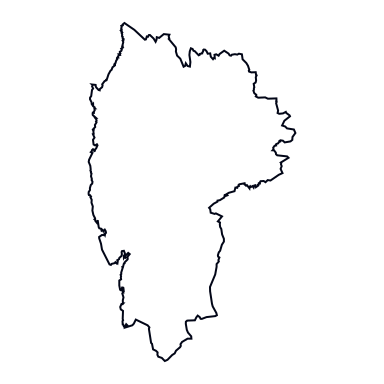 outline of Vestby nor, Akershus, Norway
{"feature_id": "86288312B18050772568406", "entity_name": "Vestby nor", "entity_type": "district", "adm_level": 2, "iso_a3": "NOR", "parent_name": "Norway", "parent_adm1": "Akershus", "projection": "albers", "projection_center": [10.767, 59.56], "detail": "fine", "context": "isolated", "style": "outline", "palette": "ink", "viewbox_px": 384, "rotation_deg": 0, "n_neighbors": 0, "source": "geoboundaries", "source_scale": "gbopen_adm2", "svg_char_len": 5868}
<svg xmlns="http://www.w3.org/2000/svg" viewBox="0 0 384 384"><path d="M293.9,129.5L287.0,128.4L285.2,126.5L282.1,125.5L284.4,120.7L290.0,116.3L289.6,115.4L286.2,112.9L285.8,111.9L283.0,113.4L279.2,113.8L277.6,113.0L278.1,110.6L276.1,103.1L276.7,101.9L276.1,101.1L276.5,100.4L276.4,98.4L267.9,98.7L265.2,97.4L258.2,97.7L255.8,96.4L256.3,95.5L256.3,94.8L254.3,93.2L253.4,90.6L253.9,89.9L253.9,88.1L254.3,87.4L253.7,83.8L255.6,82.5L256.1,80.5L255.8,77.2L256.6,75.4L256.1,75.2L255.7,72.2L251.4,72.4L249.1,71.6L248.8,70.7L249.3,69.8L248.0,65.8L246.3,63.0L242.6,59.3L241.9,54.3L238.9,53.7L237.3,54.6L234.9,54.2L231.9,54.7L231.0,55.7L229.6,55.3L228.6,53.6L224.2,50.7L219.6,54.0L218.6,55.7L216.2,54.3L214.5,54.8L214.8,58.3L213.9,58.0L213.0,59.2L210.8,56.7L210.2,53.4L207.7,53.7L206.6,51.3L205.1,49.7L203.8,49.5L203.2,50.0L203.1,51.6L202.2,52.6L202.2,53.4L199.9,53.9L199.7,54.8L198.7,55.3L194.7,51.1L193.5,50.8L192.6,49.0L190.9,48.3L189.8,51.3L189.4,55.0L190.4,62.0L189.9,66.6L187.6,66.0L185.8,63.3L185.1,65.9L183.6,66.7L180.3,58.7L177.1,55.6L175.9,51.5L176.1,49.2L175.7,47.3L168.8,39.0L169.3,38.6L168.7,36.3L169.4,34.7L163.8,34.1L159.2,37.9L156.8,37.2L156.5,39.8L155.6,41.8L153.6,38.5L149.9,35.0L148.8,35.1L147.9,36.8L146.8,36.5L145.9,39.4L144.9,39.7L134.3,29.8L124.4,23.0L122.6,24.6L122.8,25.3L121.3,25.9L121.7,26.8L121.2,28.3L121.6,29.1L120.9,30.2L121.6,30.4L121.3,31.3L121.8,31.6L121.6,32.5L122.2,32.7L121.8,33.5L122.2,34.5L122.0,36.1L122.8,37.0L122.5,37.7L122.8,38.7L123.6,39.0L123.6,39.9L122.6,40.5L123.3,42.0L122.2,46.4L122.7,46.5L122.5,47.3L122.8,47.6L121.2,48.7L121.8,49.6L121.3,50.9L119.8,51.8L119.9,52.9L120.4,53.4L120.2,53.9L118.8,54.2L119.7,55.1L118.6,55.4L117.8,56.9L118.2,57.6L117.1,57.8L116.9,58.9L117.2,59.2L116.1,60.8L115.5,63.1L114.6,63.8L114.4,64.4L115.0,64.5L115.0,65.3L112.5,67.3L111.6,69.8L110.5,70.7L108.5,74.3L106.9,79.2L106.3,79.5L105.9,78.9L106.4,80.3L104.6,81.1L102.2,84.3L102.6,85.2L102.1,87.2L99.8,89.1L99.7,90.3L98.6,90.0L96.4,87.6L95.8,86.7L95.6,84.9L92.0,84.5L92.6,85.1L92.1,86.4L93.1,88.5L92.0,90.0L91.2,96.1L90.1,97.6L90.0,99.2L91.6,102.4L91.7,104.0L92.3,104.9L93.1,104.0L93.2,106.3L94.7,107.4L94.6,108.4L94.9,108.6L94.4,108.7L94.7,110.3L93.8,111.8L93.9,112.8L92.8,112.7L92.6,113.9L92.8,115.1L96.1,118.0L95.3,118.1L96.3,119.4L96.6,120.8L96.0,121.4L96.5,122.4L94.9,125.0L95.2,127.0L92.8,129.6L93.1,130.3L93.7,129.8L93.4,131.8L93.7,133.8L92.9,134.1L94.5,137.6L93.0,139.8L93.6,144.5L95.1,145.4L96.9,144.3L97.5,145.3L96.1,148.5L95.2,149.3L94.8,150.9L94.3,151.1L94.0,150.1L93.0,149.2L91.9,150.2L91.8,151.3L90.9,152.1L92.4,153.0L89.1,159.7L88.7,161.9L90.3,165.8L90.7,169.4L90.4,170.7L91.0,171.4L90.9,172.8L91.5,173.4L91.0,176.2L91.9,179.1L91.6,180.0L92.5,181.7L92.2,183.6L90.8,185.0L89.9,188.1L90.0,190.0L88.7,192.0L88.6,194.0L88.9,195.0L90.1,195.2L91.0,196.6L90.4,197.1L91.7,199.8L91.5,202.7L92.8,206.4L92.4,210.6L93.4,215.0L95.1,218.3L94.6,219.2L95.1,219.3L95.3,220.8L96.8,222.7L97.7,220.2L98.7,227.1L99.3,228.3L101.4,228.8L101.8,229.5L101.4,230.0L101.6,230.7L102.7,230.1L103.4,231.4L104.8,229.7L105.7,231.2L106.0,232.8L105.2,233.6L104.9,235.0L104.4,234.0L103.6,235.1L101.9,235.0L99.1,237.0L99.2,238.3L101.0,243.7L102.0,249.6L109.5,264.4L110.9,264.9L111.6,263.9L114.8,263.1L115.4,262.2L116.7,263.4L117.2,262.5L117.5,262.9L117.8,261.0L117.3,260.2L119.0,259.2L119.4,257.8L121.4,256.1L121.9,254.2L121.6,252.1L122.0,251.1L123.9,250.8L124.9,253.4L124.7,254.9L123.8,255.8L123.9,257.8L124.3,257.2L126.0,258.3L124.7,256.5L128.2,252.9L129.7,254.1L127.0,257.4L127.7,258.1L127.6,259.4L124.5,262.5L124.6,263.3L123.8,263.8L123.0,267.0L122.4,267.1L122.7,267.8L121.2,272.6L121.3,274.0L120.6,274.8L121.1,276.2L120.8,277.4L121.1,279.3L119.3,280.5L119.3,285.5L120.1,289.7L120.9,290.2L121.7,289.1L122.1,287.5L122.9,287.5L123.4,287.9L123.7,290.9L123.0,290.7L123.2,292.1L122.8,291.9L122.9,292.6L122.3,293.5L123.5,297.4L122.8,300.1L122.9,303.4L123.3,303.4L122.6,304.2L121.5,304.0L120.2,307.0L120.8,309.4L123.0,310.9L122.7,319.0L123.1,320.2L122.5,321.1L122.7,324.4L123.2,324.5L123.9,326.5L124.6,326.5L124.9,328.0L124.8,326.8L126.2,324.2L127.4,325.4L125.9,327.3L132.3,325.3L133.8,323.7L135.8,319.6L147.6,325.3L149.4,327.4L148.9,328.8L151.1,342.9L152.0,343.8L153.1,349.4L156.0,350.8L157.6,352.4L157.4,354.8L158.3,356.7L161.8,357.9L164.8,361.0L167.5,359.8L172.2,355.0L174.7,353.4L176.0,350.7L180.1,347.2L180.8,345.9L180.5,344.2L182.1,341.9L187.5,338.7L191.4,338.7L191.2,336.3L188.0,332.6L186.8,329.8L185.8,323.8L185.9,321.7L187.2,320.6L194.9,320.3L196.3,317.4L197.7,315.6L199.7,317.1L200.6,318.8L201.8,318.9L206.5,317.1L215.3,316.1L216.9,315.2L216.3,312.9L212.7,306.4L212.0,303.8L210.1,291.3L210.0,287.0L215.2,274.5L216.6,266.8L216.6,264.1L218.8,261.5L218.4,260.1L219.4,257.5L218.1,256.6L217.9,255.2L218.8,252.3L220.1,250.8L221.9,244.7L223.9,241.6L223.9,238.8L222.1,234.4L221.3,229.0L220.1,226.9L219.8,224.2L220.0,222.5L217.9,221.4L222.0,216.4L215.9,213.4L214.6,213.9L210.7,212.7L210.2,209.2L209.1,207.8L213.7,203.7L217.4,201.7L217.5,200.6L219.8,200.2L224.2,197.5L224.7,195.0L225.4,194.8L225.8,195.9L227.4,195.3L226.5,194.2L228.8,192.8L234.5,191.2L235.4,187.6L237.2,187.8L237.3,186.8L238.9,186.0L238.6,185.0L239.3,184.3L244.4,183.3L244.3,184.2L244.8,184.7L245.4,184.6L246.1,185.7L247.0,185.2L249.4,188.3L249.5,187.1L250.2,186.2L250.9,187.0L252.5,186.1L253.6,187.6L254.2,185.5L255.4,185.2L255.9,187.2L258.3,185.5L258.0,184.7L258.7,184.3L258.8,183.3L259.9,183.4L259.8,182.5L260.6,181.2L263.7,181.0L265.5,182.2L267.7,180.1L270.5,180.5L278.8,174.8L282.5,173.1L280.6,168.9L281.7,166.1L281.0,164.4L281.2,163.2L280.7,162.6L288.5,157.8L287.1,156.4L277.2,155.3L276.0,154.2L275.8,152.6L274.1,150.4L272.6,150.3L273.5,149.3L273.2,147.7L274.5,145.9L276.0,145.5L275.7,144.9L276.2,144.1L278.2,143.3L278.8,142.2L280.0,141.6L279.6,140.8L280.5,140.3L282.9,140.7L284.7,142.4L290.5,141.4L292.3,139.9L292.5,137.0L295.4,133.0L293.9,129.5Z" fill="none" stroke="#020617" stroke-width="2"/></svg>